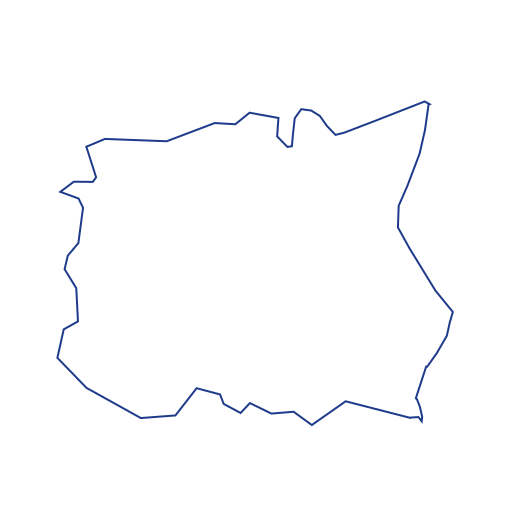 an SVG outline of Antrim, rotated 188°
{"feature_id": "GBR-2092", "entity_name": "Antrim", "entity_type": "District", "adm_level": 1, "iso_a3": "GBR", "parent_name": "United Kingdom", "parent_adm1": "", "projection": "orthographic", "projection_center": [-6.293, 54.687], "detail": "fine", "context": "isolated", "style": "outline", "palette": "blue", "viewbox_px": 512, "rotation_deg": 188, "n_neighbors": 0, "source": "natural_earth", "source_scale": "10m", "svg_char_len": 985}
<svg xmlns="http://www.w3.org/2000/svg" viewBox="0 0 512 512"><g transform="rotate(188 256 256)"><path d="M53.3,228.0L54.9,216.8L55.9,203.6L63.6,184.6L71.1,170.2L72.1,170.2L77.9,137.4L77.1,136.7L76.7,136.6L72.7,129.4L69.1,120.0L68.9,115.4L72.7,119.1L81.0,117.4L81.0,117.2L147.0,124.6L177.2,96.4L197.1,107.0L218.8,102.1L241.6,109.5L249.4,98.4L267.4,105.0L272.3,113.9L296.4,116.8L313.6,86.9L347.5,79.5L405.5,101.8L438.5,127.5L436.2,156.6L423.2,166.5L429.5,199.1L443.7,216.3L442.4,230.2L433.7,244.1L434.0,279.7L439.7,288.2L458.7,292.3L446.8,304.2L427.9,306.7L425.3,311.7L439.2,340.6L421.9,350.9L360.4,357.2L315.4,381.9L294.8,383.6L282.3,397.0L253.0,395.8L251.7,377.4L240.1,368.4L235.7,369.7L236.3,380.4L236.8,397.8L231.6,407.7L221.5,407.7L212.3,403.6L203.7,394.5L194.1,387.0L186.0,390.3L157.6,406.0L110.5,432.5L105.3,430.5L106.2,430.0L106.2,404.3L108.2,380.3L115.9,346.3L121.7,325.6L119.4,304.0L105.0,284.9L73.5,246.7L53.3,228.0Z" fill="none" stroke="#1e3a8a" stroke-width="2"/></g></svg>